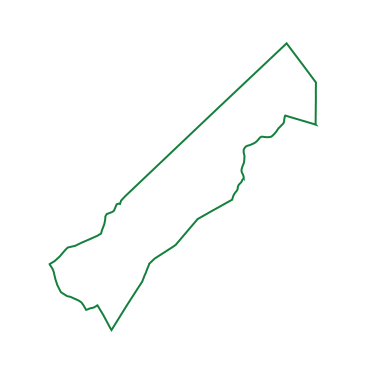 the district of Abu Hamad, River Nile, Sudan, rotated 53°
{"feature_id": "16777658B63373210852762", "entity_name": "Abu Hamad", "entity_type": "district", "adm_level": 2, "iso_a3": "SDN", "parent_name": "Sudan", "parent_adm1": "River Nile", "projection": "orthographic", "projection_center": [33.396, 20.198], "detail": "fine", "context": "isolated", "style": "outline", "palette": "green", "viewbox_px": 384, "rotation_deg": 53, "n_neighbors": 0, "source": "geoboundaries", "source_scale": "gbopen_adm2", "svg_char_len": 2275}
<svg xmlns="http://www.w3.org/2000/svg" viewBox="0 0 384 384"><g transform="rotate(53 192 192)"><path d="M212.8,52.6L212.5,52.6L212.4,52.6L192.9,37.6L192.7,37.4L186.9,33.1L179.1,27.1L178.6,27.1L177.4,27.1L175.4,27.1L158.3,27.0L130.2,27.0L130.4,28.7L140.6,120.4L143.2,143.3L155.2,248.2L156.2,253.8L158.2,256.7L157.2,257.5L156.5,259.6L160.0,265.6L159.9,267.9L158.3,273.4L159.4,275.9L162.1,278.2L164.9,281.4L168.6,287.3L170.5,289.7L170.1,292.5L170.1,293.4L169.1,298.0L166.1,310.4L165.8,311.9L164.7,317.6L161.6,324.6L161.8,326.8L162.9,332.2L163.9,336.5L164.5,343.4L164.1,347.3L163.9,349.1L164.4,349.3L169.3,349.6L172.5,350.5L179.2,353.5L185.4,355.6L193.1,357.0L200.0,354.4L202.7,352.1L210.6,347.8L213.5,346.8L216.8,346.8L222.4,347.5L222.8,346.4L223.0,345.9L223.2,345.0L223.2,344.5L224.1,342.2L224.7,341.2L225.2,339.6L225.5,337.1L225.5,336.2L225.6,335.7L237.0,336.9L237.6,337.0L250.5,339.0L252.0,339.2L253.8,339.4L253.7,339.1L243.9,313.7L241.5,307.3L234.7,288.8L234.6,288.5L233.8,286.2L233.3,285.2L230.0,279.9L229.5,279.0L229.1,278.1L226.6,274.2L224.2,270.1L223.8,269.6L223.5,269.3L223.5,268.8L222.9,263.6L222.7,261.9L223.1,256.5L224.4,238.8L224.4,236.8L219.2,213.7L217.0,203.8L219.0,188.4L222.3,164.5L221.8,163.9L221.4,163.4L219.7,160.9L218.8,158.8L218.4,157.5L218.1,156.1L217.8,155.0L217.3,154.1L216.7,153.4L215.6,152.4L215.1,151.6L214.5,150.6L214.2,149.3L214.0,147.9L213.7,146.6L213.5,146.0L213.1,145.3L212.6,144.5L212.4,143.1L211.7,142.2L211.8,142.2L211.2,141.8L211.0,141.6L210.7,141.5L209.7,141.1L208.6,140.8L206.9,140.5L205.8,140.2L205.7,140.2L204.8,139.6L204.0,139.0L203.8,138.8L202.7,137.4L201.6,135.8L201.1,135.0L200.5,133.8L199.4,132.4L197.7,130.8L196.3,129.6L194.8,128.4L193.2,127.7L191.5,126.9L191.3,126.8L189.4,125.3L188.4,123.3L188.1,121.2L188.4,120.0L188.6,119.6L188.7,119.1L189.3,117.8L190.2,114.1L190.3,113.7L190.5,112.4L190.5,110.4L190.4,109.5L190.0,107.5L189.6,105.7L189.5,104.7L189.5,103.7L189.9,102.8L190.7,102.0L192.3,100.4L193.6,98.8L194.7,97.2L195.4,95.8L195.5,93.8L195.2,91.5L194.7,89.2L194.4,88.0L193.6,85.8L193.3,84.9L193.2,84.4L192.8,81.7L192.4,79.2L192.2,77.7L191.7,76.9L191.2,76.1L189.2,74.3L188.0,72.9L187.2,71.9L187.1,71.5L188.0,70.8L190.0,69.4L196.6,64.5L211.7,53.3L211.8,53.3L212.8,52.6Z" fill="none" stroke="#15803d" stroke-width="2"/></g></svg>